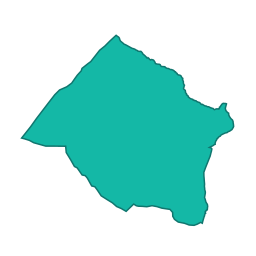 Bradesti, Harghita, Romania (Mercator projection), rotated 275°
{"feature_id": "2599482B45908659223453", "entity_name": "Bradesti", "entity_type": "district", "adm_level": 2, "iso_a3": "ROU", "parent_name": "Romania", "parent_adm1": "Harghita", "projection": "mercator", "projection_center": [25.438, 46.404], "detail": "fine", "context": "isolated", "style": "filled", "palette": "teal", "viewbox_px": 256, "rotation_deg": 275, "n_neighbors": 0, "source": "geoboundaries", "source_scale": "gbopen_adm2", "svg_char_len": 4417}
<svg xmlns="http://www.w3.org/2000/svg" viewBox="0 0 256 256"><g transform="rotate(275 128 128)"><path d="M160.7,224.0L160.8,223.7L160.9,223.1L160.9,222.3L160.8,221.3L160.9,220.7L160.4,220.0L159.7,219.3L159.1,219.0L158.5,218.7L157.7,218.2L157.3,218.1L157.0,217.9L156.7,217.3L156.3,217.3L155.3,217.3L155.0,217.1L154.8,216.6L154.9,216.3L155.0,216.1L154.7,215.1L154.8,214.7L154.6,214.0L154.4,213.6L153.9,212.8L153.8,212.6L154.0,212.0L154.6,211.3L154.9,211.0L155.0,210.0L155.2,209.2L155.3,208.7L155.5,208.6L155.5,208.3L155.6,207.6L156.1,206.9L156.2,206.2L156.1,205.4L156.5,204.4L156.7,204.0L156.7,203.1L157.0,202.1L157.6,200.9L157.9,200.5L158.1,199.7L157.8,199.2L158.1,198.6L158.8,198.1L159.1,197.8L159.8,196.6L159.8,195.9L160.1,195.1L160.3,194.3L161.1,193.3L161.1,192.6L161.1,192.2L161.3,191.9L161.2,191.6L161.6,191.0L161.5,190.5L162.2,190.0L162.6,188.0L162.8,187.5L163.0,187.2L163.2,186.7L163.5,186.4L163.8,186.1L163.9,185.6L164.2,185.3L164.8,185.3L165.0,185.2L165.4,184.8L166.2,183.4L166.4,183.4L166.5,183.4L166.8,183.5L167.4,183.1L167.8,182.7L168.3,182.2L168.6,182.1L169.3,182.1L170.4,181.8L171.0,181.1L171.2,180.7L171.8,180.0L172.6,179.9L173.2,180.1L174.6,180.3L175.3,180.3L175.6,180.5L176.1,179.9L177.2,179.4L178.0,179.2L178.7,179.1L179.2,179.1L179.7,178.8L180.2,178.5L180.6,178.1L181.2,178.3L182.0,178.3L182.4,178.1L182.7,177.4L184.6,176.2L185.1,175.2L185.2,174.5L185.1,174.0L185.3,173.6L185.4,173.3L185.8,172.5L186.2,172.2L186.6,172.2L187.3,171.0L187.9,170.6L188.2,170.2L188.1,169.7L188.4,169.5L189.1,168.8L189.6,167.8L189.8,167.0L190.0,166.3L189.9,165.4L190.2,164.5L190.5,163.8L190.8,163.1L190.8,162.6L190.8,162.0L190.8,161.6L191.0,161.1L191.2,160.8L191.3,160.6L191.5,159.9L192.1,159.6L192.3,159.3L192.2,158.2L192.3,157.5L192.2,156.8L192.2,155.8L193.1,155.0L193.9,154.5L194.2,153.8L194.2,151.5L194.5,150.0L194.8,149.6L195.3,149.4L196.4,148.8L197.9,147.5L198.3,145.7L198.2,145.2L198.0,144.9L197.8,144.7L198.2,143.6L199.2,142.7L199.6,142.1L199.4,142.1L199.4,141.3L199.4,140.8L200.3,140.0L200.4,139.8L200.9,139.3L201.4,138.7L202.5,137.2L203.0,136.4L204.0,135.8L204.9,134.9L205.5,134.1L205.3,133.0L205.4,131.7L205.4,131.3L205.9,130.7L206.2,129.9L206.4,129.3L206.6,128.7L207.1,128.0L207.6,126.0L207.7,125.2L208.0,124.5L210.7,118.4L211.2,116.7L211.7,116.2L212.8,114.6L213.9,113.0L214.5,112.6L215.7,111.9L216.6,111.7L217.5,111.0L217.8,110.6L218.1,110.1L218.2,109.8L218.6,109.1L219.2,108.4L219.3,108.1L219.0,107.8L217.6,106.5L213.0,102.3L207.6,97.8L205.3,95.4L203.0,93.0L190.9,85.1L188.8,82.7L183.4,77.0L180.8,76.4L176.2,72.9L172.7,70.8L167.8,68.0L163.7,63.4L159.9,56.5L154.8,52.2L145.5,46.2L129.6,36.1L120.8,30.9L108.7,22.9L108.2,25.8L107.1,30.8L105.1,35.4L103.9,41.8L102.8,47.6L103.4,54.4L104.4,67.5L98.2,68.6L91.7,73.4L85.0,78.0L83.9,80.8L77.2,86.4L76.8,89.6L74.6,91.8L67.1,96.9L66.6,100.1L63.7,102.7L58.1,107.2L54.7,113.8L52.1,119.0L48.8,123.5L47.2,128.3L44.8,133.4L52.7,140.3L51.3,143.0L51.0,145.1L51.2,149.0L51.2,153.6L52.7,158.7L52.2,163.8L51.1,168.7L50.8,173.3L50.6,176.9L47.8,179.8L43.9,180.3L42.5,181.3L41.1,182.2L39.9,184.2L38.7,186.2L38.0,192.5L37.4,194.9L36.7,197.3L36.8,202.3L38.2,205.3L40.3,208.6L40.0,209.4L39.6,210.3L40.1,210.4L41.5,210.6L45.5,211.4L46.8,211.7L47.1,211.9L48.0,211.9L48.6,212.0L48.9,212.1L49.4,212.2L49.7,212.7L49.9,212.8L50.3,212.5L51.1,212.2L51.3,212.4L51.9,212.5L52.2,213.0L52.7,213.1L52.9,213.7L53.5,213.7L53.7,214.1L54.5,214.2L55.2,214.0L56.1,214.2L56.9,214.2L58.6,213.8L59.0,213.6L60.0,212.8L61.2,212.0L63.8,211.1L65.3,210.3L70.0,210.7L71.1,210.6L72.0,210.3L73.1,209.9L73.7,209.7L74.3,209.7L74.9,209.6L75.6,209.4L76.8,209.2L77.5,209.2L78.3,209.2L79.2,209.1L79.8,209.0L80.3,208.9L85.7,208.0L86.1,207.9L86.3,207.9L86.8,207.8L90.5,207.4L95.6,208.8L100.6,210.3L104.6,211.5L107.2,212.3L111.0,212.9L111.9,213.1L112.8,213.2L114.5,213.4L115.5,212.3L115.7,210.8L116.5,211.9L117.2,213.2L117.7,214.0L118.8,215.2L119.2,216.0L119.4,216.3L120.4,216.1L122.4,216.5L123.5,217.1L124.1,217.4L125.2,217.7L125.5,218.3L126.3,218.6L127.6,219.9L127.9,220.6L129.2,221.4L130.6,223.7L131.6,225.5L132.0,227.0L133.1,228.2L133.7,229.5L134.2,230.1L135.5,231.7L137.8,232.8L138.7,233.1L140.4,232.8L141.7,232.5L142.8,232.2L143.6,232.1L145.0,231.4L146.4,229.6L148.1,228.2L148.8,227.8L149.7,227.2L150.4,227.2L151.6,226.9L152.2,225.6L153.1,224.9L153.9,223.9L154.1,223.9L154.7,223.7L156.2,223.2L157.1,223.4L159.1,223.7L159.9,223.9L160.5,224.0L160.7,224.0Z" fill="#14b8a6" stroke="#0f766e" stroke-width="1.5"/></g></svg>